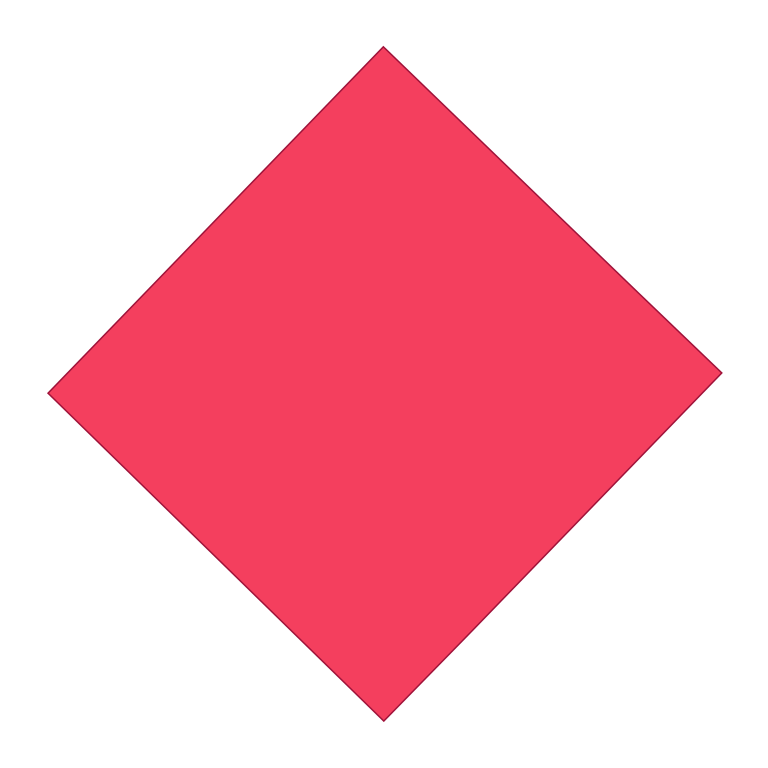 the district of Butler, Iowa, United States of America, rotated 314°
{"feature_id": "52423323B94920072587023", "entity_name": "Butler", "entity_type": "district", "adm_level": 2, "iso_a3": "USA", "parent_name": "United States of America", "parent_adm1": "Iowa", "projection": "equal_earth", "projection_center": [-92.775, 42.732], "detail": "fine", "context": "isolated", "style": "filled", "palette": "rose", "viewbox_px": 768, "rotation_deg": 314, "n_neighbors": 0, "source": "geoboundaries", "source_scale": "gbopen_adm2", "svg_char_len": 267}
<svg xmlns="http://www.w3.org/2000/svg" viewBox="0 0 768 768"><g transform="rotate(314 384 384)"><path d="M144.0,148.7L141.4,618.0L263.6,618.8L626.6,619.3L626.2,503.5L626.1,385.9L626.1,149.3L144.0,148.7Z" fill="#f43f5e" stroke="#9f1239" stroke-width="1.5"/></g></svg>